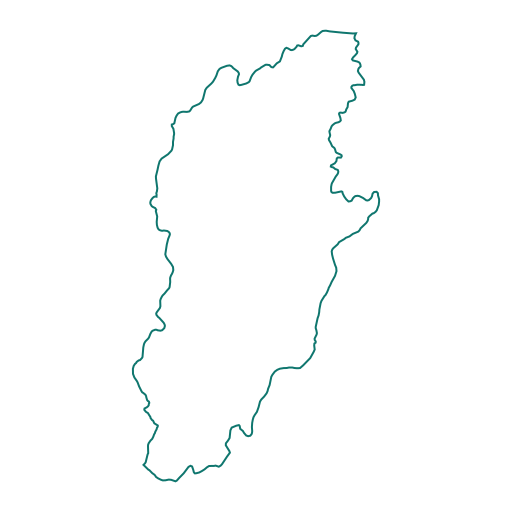 outline of Tomé-Açu, Pará, Brazil
{"feature_id": "56859067B82195789600359", "entity_name": "Tomé-Açu", "entity_type": "district", "adm_level": 2, "iso_a3": "BRA", "parent_name": "Brazil", "parent_adm1": "Pará", "projection": "orthographic", "projection_center": [-48.263, -2.66], "detail": "fine", "context": "isolated", "style": "outline", "palette": "teal", "viewbox_px": 512, "rotation_deg": 0, "n_neighbors": 0, "source": "geoboundaries", "source_scale": "gbopen_adm2", "svg_char_len": 6018}
<svg xmlns="http://www.w3.org/2000/svg" viewBox="0 0 512 512"><path d="M157.2,216.5L156.7,221.9L156.9,224.9L157.6,227.7L158.4,229.1L159.4,230.0L160.8,230.5L162.1,230.8L163.9,230.5L167.3,231.0L168.7,231.9L169.6,233.0L169.9,234.1L169.6,235.4L168.2,238.8L166.8,244.5L165.3,254.3L166.0,256.6L167.5,259.1L171.2,263.9L173.0,267.0L173.3,270.1L172.7,272.2L172.0,273.8L171.1,275.3L170.3,277.3L170.1,278.4L170.2,282.1L169.6,287.1L169.1,288.2L167.0,290.5L164.6,293.5L162.5,295.6L161.5,297.3L160.6,299.2L160.2,300.7L160.4,306.2L159.9,308.0L156.8,312.2L156.2,313.4L156.4,314.8L158.2,317.1L159.2,317.8L163.7,322.8L164.6,324.5L164.9,325.9L164.3,328.1L162.2,330.2L160.5,330.7L157.7,330.3L156.6,329.8L155.2,329.7L152.7,330.7L151.7,331.5L150.4,333.8L149.0,337.4L148.2,338.6L145.5,341.3L144.6,342.7L144.0,344.1L143.3,347.4L142.5,357.0L141.9,358.1L140.0,360.1L138.7,360.4L136.7,361.9L136.1,363.0L135.0,363.9L133.7,365.9L132.9,368.8L133.0,373.9L134.4,377.5L136.9,381.1L137.6,382.4L139.1,386.4L141.5,391.2L142.2,392.3L143.2,392.9L145.4,394.7L146.1,396.1L146.3,397.3L147.1,400.0L147.8,400.9L148.9,401.6L149.3,402.9L148.8,404.0L148.7,405.3L148.0,406.3L146.8,407.3L144.5,408.5L144.3,409.8L145.9,411.8L148.1,413.2L148.7,414.4L150.3,416.8L150.6,418.1L152.1,420.1L153.1,420.7L154.3,423.3L157.8,425.5L157.7,426.7L157.0,427.7L156.6,429.3L155.3,431.7L154.9,433.1L154.1,434.4L153.3,436.7L152.2,438.9L150.5,440.6L148.7,443.2L148.1,444.8L148.0,446.1L148.2,453.2L147.6,454.4L145.7,462.2L145.1,463.2L143.5,464.9L148.4,469.7L149.4,470.2L152.2,473.1L154.4,474.7L155.2,475.6L155.9,476.8L158.0,478.3L160.8,479.7L162.8,480.4L165.4,480.3L168.8,479.6L171.1,479.8L175.5,481.3L176.8,480.6L179.2,477.9L183.7,473.3L188.5,466.9L190.5,465.8L192.1,466.5L193.3,470.0L193.8,472.1L194.7,473.3L196.0,473.3L199.2,472.5L201.8,471.1L204.5,469.4L207.1,467.2L209.1,466.0L214.1,465.9L215.6,465.6L218.8,466.7L220.7,465.6L222.0,464.2L227.1,456.5L229.9,452.7L229.4,451.1L225.8,445.3L225.9,443.3L228.0,440.6L229.6,438.0L230.4,430.4L231.7,427.6L236.3,425.7L238.9,425.1L239.7,426.0L240.2,428.8L242.9,431.0L244.0,432.9L246.2,435.5L248.2,436.2L250.3,435.7L251.6,434.1L252.0,432.9L252.2,431.2L251.9,427.0L252.2,422.8L252.8,419.6L253.5,417.2L254.6,415.2L256.9,411.9L258.6,407.1L260.0,401.6L261.3,399.5L264.1,396.6L266.6,393.3L267.6,391.0L268.1,388.8L269.6,385.1L271.3,376.8L272.4,374.8L274.8,371.6L277.3,369.8L279.9,368.7L283.6,368.1L286.8,368.0L289.1,367.5L292.2,367.5L294.4,368.0L296.6,368.2L298.4,368.2L300.1,368.0L303.2,365.3L310.2,358.1L313.7,351.8L314.7,349.5L314.2,345.5L314.4,343.5L315.6,342.7L315.7,341.4L314.7,339.9L314.6,338.6L316.6,334.5L316.9,333.1L316.4,330.4L315.7,328.1L315.7,326.9L317.6,318.2L318.6,315.4L319.2,312.1L319.4,309.4L320.6,303.2L321.5,300.8L324.5,296.0L325.4,295.2L326.9,292.6L328.4,289.1L328.7,287.9L330.1,285.4L331.6,282.0L335.0,275.9L336.5,271.1L336.2,267.7L335.0,264.8L333.0,258.4L332.1,254.7L331.7,251.3L332.3,249.5L333.3,248.2L337.7,244.3L339.1,242.1L344.4,239.0L345.8,237.8L349.5,236.4L352.8,233.9L358.3,231.6L359.6,230.2L360.6,228.3L366.3,222.9L367.6,220.9L368.1,219.4L368.2,217.7L369.3,216.3L372.5,213.5L373.6,213.3L375.5,211.9L376.8,210.3L378.7,205.1L379.1,201.5L379.1,199.2L378.0,195.4L377.9,193.2L376.6,191.8L374.1,192.0L372.6,193.6L372.0,196.3L371.1,198.1L368.9,200.1L367.5,200.5L366.2,200.3L363.1,198.0L359.3,196.1L357.5,195.8L355.3,196.1L354.0,197.1L353.0,198.2L351.6,200.7L350.1,201.3L348.5,201.5L346.2,199.3L344.2,196.5L342.7,193.5L342.3,191.8L341.3,191.4L335.3,192.7L332.7,192.8L331.6,192.2L331.1,191.0L331.1,186.9L331.6,184.2L332.0,183.1L335.7,176.6L337.5,174.2L338.1,172.9L338.3,171.5L337.9,170.1L336.7,169.5L335.3,169.1L333.3,167.4L332.1,167.2L330.8,166.6L331.0,165.4L334.8,163.3L336.4,161.1L336.8,158.4L337.9,157.5L340.9,157.6L341.7,156.4L341.6,155.3L340.5,154.5L336.6,152.8L335.8,152.0L335.0,149.2L334.3,147.9L332.2,146.3L330.5,142.6L329.0,140.1L328.7,138.8L329.9,136.5L330.2,135.1L329.6,132.7L329.4,131.2L330.6,128.9L331.6,126.3L332.5,125.2L334.7,123.4L336.1,122.8L338.6,122.2L340.1,121.3L340.8,120.4L340.4,118.0L339.0,113.9L339.5,112.8L340.7,112.6L342.6,112.9L344.4,112.4L345.4,111.8L345.9,110.7L346.2,109.5L347.6,107.1L348.0,103.2L348.7,101.7L352.4,100.7L354.7,99.6L355.7,97.4L354.8,93.8L353.7,91.0L351.4,88.0L351.4,86.9L352.3,85.7L353.5,85.2L354.7,85.2L357.3,84.7L361.6,84.8L363.0,85.0L364.1,84.8L364.4,81.9L363.9,79.7L358.6,72.6L357.9,71.0L358.4,68.9L359.1,67.8L360.6,66.5L360.5,65.1L360.0,63.5L359.3,62.5L357.5,61.6L352.8,60.4L352.0,59.2L353.1,57.4L355.2,55.3L357.0,53.2L357.4,51.8L355.7,49.0L356.0,47.6L358.4,44.3L358.5,43.0L358.1,41.7L355.5,40.4L354.4,38.2L354.7,36.1L356.0,33.3L353.1,33.5L342.7,32.7L329.8,31.4L326.0,30.7L324.3,30.8L322.6,31.0L321.2,31.9L318.1,34.6L316.5,35.7L314.8,36.0L312.3,35.6L310.8,36.0L303.3,44.3L302.8,45.9L301.2,46.3L298.4,45.3L297.2,45.5L296.5,46.8L294.5,49.0L293.5,49.6L291.9,50.1L290.7,50.0L288.2,48.5L286.4,47.8L285.0,48.7L283.6,51.2L282.4,54.1L281.8,56.6L279.9,61.4L276.8,63.3L273.2,67.3L272.1,67.3L271.0,66.8L269.5,65.1L266.8,64.7L265.5,64.8L261.0,67.5L260.2,68.3L256.1,70.6L255.0,71.6L252.5,74.7L251.2,77.0L249.5,81.4L248.7,82.2L246.2,83.5L241.3,84.9L239.6,85.2L238.5,84.7L237.6,82.7L237.3,80.3L238.0,76.7L239.0,74.2L238.8,73.1L237.8,71.5L233.2,68.1L232.3,67.0L231.3,66.1L229.6,65.4L226.9,65.8L221.7,67.7L220.3,68.4L219.3,69.2L217.8,71.3L216.4,75.5L215.2,78.0L213.0,81.7L211.4,83.5L206.7,87.8L205.3,89.9L203.1,98.6L202.5,100.1L201.0,102.4L199.0,104.0L193.1,106.6L192.1,107.5L190.1,110.7L189.1,111.5L186.8,111.9L183.3,111.7L181.8,111.9L180.2,112.4L178.1,113.5L176.6,115.6L175.5,117.9L174.3,123.3L173.0,124.2L171.8,124.5L171.8,126.1L173.4,128.8L174.1,133.0L174.1,134.2L173.6,136.7L173.6,138.4L173.0,141.9L173.0,145.2L172.1,149.3L171.5,150.6L168.1,154.2L161.6,158.6L159.6,161.4L158.4,165.6L157.5,169.9L155.9,176.4L156.0,178.6L157.3,188.4L156.9,191.4L156.3,193.2L156.6,194.6L156.5,196.7L155.2,196.5L153.9,196.9L152.7,197.9L151.2,199.8L150.6,201.1L150.3,202.5L150.4,203.8L151.7,206.1L152.6,206.8L155.2,208.1L156.3,209.8L155.8,211.0L157.2,216.5Z" fill="none" stroke="#0f766e" stroke-width="2"/></svg>